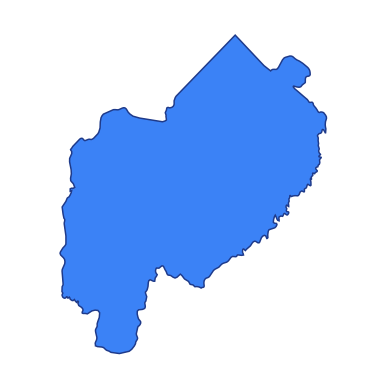 the Prefecture of Mbomou, rotated 351°
{"feature_id": "CAF-868", "entity_name": "Mbomou", "entity_type": "Prefecture", "adm_level": 1, "iso_a3": "CAF", "parent_name": "Central African Republic", "parent_adm1": "", "projection": "equal_earth", "projection_center": [23.723, 5.441], "detail": "fine", "context": "isolated", "style": "filled", "palette": "blue", "viewbox_px": 384, "rotation_deg": 351, "n_neighbors": 0, "source": "natural_earth", "source_scale": "10m", "svg_char_len": 6006}
<svg xmlns="http://www.w3.org/2000/svg" viewBox="0 0 384 384"><g transform="rotate(351 192 192)"><path d="M273.5,234.1L272.3,233.4L271.8,232.5L271.0,229.1L270.6,227.9L269.4,229.5L268.2,232.2L267.6,234.6L268.5,235.7L270.6,236.3L270.8,237.6L269.7,239.2L268.2,240.3L262.2,241.3L261.2,242.6L260.2,245.8L260.0,247.1L259.8,249.0L259.1,249.6L258.6,249.6L258.0,246.9L256.6,246.1L254.9,246.7L253.4,248.0L251.0,252.1L250.2,252.7L249.0,252.4L247.4,250.9L246.4,250.4L244.9,250.7L243.4,251.9L241.3,254.3L237.0,257.0L235.5,258.2L234.3,256.5L233.7,256.3L233.2,256.7L232.9,257.3L232.6,258.5L232.5,259.7L232.9,260.9L233.0,262.3L231.0,262.3L227.4,261.3L226.8,261.5L226.0,262.5L225.2,262.8L222.0,262.0L220.4,262.6L217.2,265.7L215.4,266.7L211.6,267.3L209.9,268.0L206.7,270.5L202.8,271.8L201.0,272.8L195.9,278.3L194.4,279.0L192.5,279.3L191.1,280.2L190.1,281.6L189.5,283.6L189.3,286.8L188.9,287.6L188.2,287.9L186.7,287.9L186.0,288.3L184.6,287.2L183.2,286.5L181.6,286.1L180.0,286.0L178.6,284.1L178.2,283.8L175.7,282.9L174.6,279.8L171.0,276.7L168.9,272.8L167.6,271.3L163.9,273.8L161.8,274.3L160.0,273.2L158.1,271.3L157.1,270.8L155.9,270.5L154.9,269.9L154.4,268.4L154.1,266.7L153.2,264.4L152.3,261.3L151.6,260.4L150.5,260.3L147.6,262.0L146.4,261.9L145.6,261.6L144.9,261.6L144.1,262.8L143.6,264.2L143.6,265.6L144.0,266.9L144.7,268.2L144.0,269.3L142.2,271.2L141.2,274.3L139.8,274.0L136.9,272.1L135.5,272.8L134.7,274.5L133.8,278.3L133.1,280.0L132.4,281.5L131.5,282.6L130.3,283.6L130.3,285.0L130.9,288.3L129.4,292.4L128.3,293.6L128.0,294.2L128.0,296.9L127.9,298.0L127.4,299.2L126.2,299.9L124.5,300.2L120.8,300.0L119.3,301.2L118.8,303.9L119.0,307.0L119.4,309.2L120.8,311.6L121.0,312.4L120.7,313.7L119.9,314.9L118.9,315.8L117.9,316.2L117.2,317.2L114.8,323.3L114.8,324.6L115.3,326.9L115.4,327.9L114.9,329.0L113.0,331.3L112.4,333.1L110.9,335.1L107.9,337.9L105.0,339.5L95.0,340.2L86.9,337.7L85.0,336.1L83.1,335.1L82.3,334.4L80.3,331.8L78.6,331.0L74.4,329.9L72.6,328.8L72.7,328.6L72.7,326.5L73.1,325.4L74.5,323.3L75.1,321.8L75.3,320.7L74.9,315.1L75.0,313.7L75.3,312.7L77.1,310.2L77.4,309.6L77.7,307.3L78.6,305.4L80.8,301.4L81.9,296.8L80.6,294.3L77.8,293.5L74.5,293.8L69.6,296.0L67.7,295.3L65.4,294.9L64.7,294.5L64.7,293.5L65.8,291.9L65.9,290.7L65.0,288.8L62.4,286.4L61.9,284.0L62.7,282.8L62.5,282.1L62.1,281.9L61.4,282.2L60.7,282.9L59.8,281.7L59.0,279.8L57.8,280.6L56.7,280.5L55.0,279.0L54.7,277.3L54.3,276.6L53.0,277.4L52.6,277.2L52.1,275.9L51.6,275.9L50.6,276.9L49.2,276.9L48.0,275.8L47.5,274.0L47.7,273.0L48.6,271.7L48.0,269.9L48.9,265.3L50.2,263.4L50.4,261.6L51.3,249.7L51.8,248.1L55.0,243.1L55.6,241.1L55.6,238.7L54.8,236.9L52.4,233.6L52.1,231.8L52.7,230.6L55.6,227.2L58.0,225.3L59.2,224.0L59.6,222.1L60.6,215.7L60.8,203.6L61.0,202.4L61.7,200.7L62.0,199.3L61.9,198.8L61.6,198.3L61.4,197.7L61.2,193.7L61.4,186.5L66.0,181.5L67.5,179.0L68.1,178.3L69.7,177.6L70.9,176.3L72.5,173.9L73.3,171.9L71.8,172.2L72.2,169.8L73.6,169.4L75.3,169.7L76.9,169.1L76.1,165.3L74.3,162.5L74.0,161.7L74.2,159.4L75.7,155.2L76.1,151.2L75.8,143.1L76.4,139.7L79.2,135.3L79.5,133.0L78.9,131.9L78.7,131.1L79.3,130.5L80.2,129.7L81.4,128.3L89.4,122.2L90.5,121.7L91.7,121.7L92.4,122.2L93.4,123.8L94.0,124.4L94.7,124.5L97.8,123.8L98.8,123.8L100.7,124.4L101.9,124.2L103.3,123.5L108.1,119.8L109.3,118.3L111.2,114.4L112.4,108.4L113.8,104.4L115.1,102.6L116.7,101.2L127.2,98.4L128.9,98.6L131.4,99.2L132.7,99.2L136.3,98.2L137.6,98.1L138.6,98.3L139.2,98.7L140.1,99.8L141.5,103.3L143.0,105.4L145.6,107.9L151.9,110.8L173.8,118.0L176.2,117.7L177.9,117.0L178.1,116.2L178.1,113.5L178.4,111.9L178.0,109.6L178.3,109.0L179.5,107.2L180.2,105.2L180.7,104.8L181.6,104.7L183.0,105.4L183.9,105.4L185.4,105.2L186.8,104.5L187.7,103.3L188.1,102.5L188.6,99.1L190.3,96.0L191.4,94.8L259.2,43.8L282.8,78.4L288.6,84.7L289.4,84.1L290.5,83.6L291.8,83.6L294.3,84.1L295.5,83.7L297.0,82.3L302.1,75.6L304.0,74.0L305.3,73.6L310.0,73.0L311.6,73.4L312.7,74.1L314.8,76.6L316.3,78.0L318.4,79.4L321.4,82.1L325.2,86.4L326.3,87.9L327.0,89.5L327.3,90.9L327.3,92.8L327.1,94.5L326.5,95.4L325.4,95.8L323.8,95.8L322.9,96.1L322.1,96.8L321.6,98.3L321.1,101.2L320.9,101.7L317.8,103.4L316.0,105.0L314.8,105.3L313.4,105.1L311.9,104.6L309.1,103.3L308.6,103.5L308.5,104.1L309.6,106.1L320.4,118.8L321.8,121.7L322.4,122.0L323.9,122.0L324.8,122.2L325.3,122.9L325.5,123.6L325.6,125.1L326.1,126.2L327.4,128.3L328.5,130.7L328.8,131.7L329.4,132.9L330.2,133.4L331.8,133.1L332.9,133.4L334.4,134.2L336.0,137.1L336.5,138.9L336.3,140.5L334.8,143.5L334.1,146.5L334.0,148.6L334.1,150.6L333.2,154.4L332.9,154.4L331.7,151.1L331.0,150.7L330.6,150.7L330.3,151.0L329.5,153.0L328.9,153.7L328.1,154.1L326.6,154.2L324.9,155.6L324.7,156.3L325.1,157.8L325.1,158.7L324.6,161.1L324.6,164.0L324.0,165.6L324.0,166.4L324.4,168.9L324.3,169.6L323.6,170.9L323.5,171.6L323.6,172.5L323.9,173.6L324.8,174.9L324.7,175.2L323.2,176.2L322.9,176.9L323.1,177.2L324.8,177.8L325.0,178.0L324.9,178.4L323.6,179.5L323.0,180.2L322.8,183.1L322.1,184.5L320.9,185.2L320.2,186.8L318.7,187.0L318.0,187.6L317.9,188.0L318.0,188.9L318.9,190.4L319.0,190.6L318.9,191.1L318.3,191.6L316.9,192.0L316.0,193.1L315.7,193.0L314.6,192.3L314.2,192.3L314.0,192.6L314.0,193.7L313.8,194.7L312.7,195.3L312.2,195.8L312.0,198.0L311.8,198.1L311.1,197.4L310.9,197.8L311.0,200.7L310.6,203.7L310.4,204.1L310.0,204.3L309.1,203.8L307.9,202.6L307.5,202.5L306.9,203.1L305.7,205.6L305.1,206.0L303.6,206.6L303.4,206.9L303.2,208.7L303.0,209.3L302.7,209.4L302.3,209.3L300.9,208.3L300.3,208.2L298.9,208.9L298.5,209.4L297.6,211.0L296.6,212.0L295.9,212.3L293.1,211.7L291.1,211.7L289.5,212.0L288.4,210.8L288.1,210.9L287.6,212.9L286.7,213.9L286.6,214.3L286.5,216.3L285.5,217.9L285.3,221.1L285.2,221.5L284.8,221.3L284.3,220.4L283.7,219.8L283.3,219.8L283.0,220.1L282.6,221.2L282.5,221.9L283.0,223.4L282.3,224.7L282.3,225.5L282.5,226.1L282.9,226.3L283.8,226.5L284.3,227.0L284.3,227.7L284.0,228.3L283.2,229.2L282.4,229.6L281.6,229.2L280.4,227.8L279.8,227.6L279.3,227.9L278.7,228.9L277.7,230.2L275.9,229.6L274.0,230.4L273.7,231.6L273.7,233.2L273.5,234.1Z" fill="#3b82f6" stroke="#1e3a8a" stroke-width="1.5"/></g></svg>